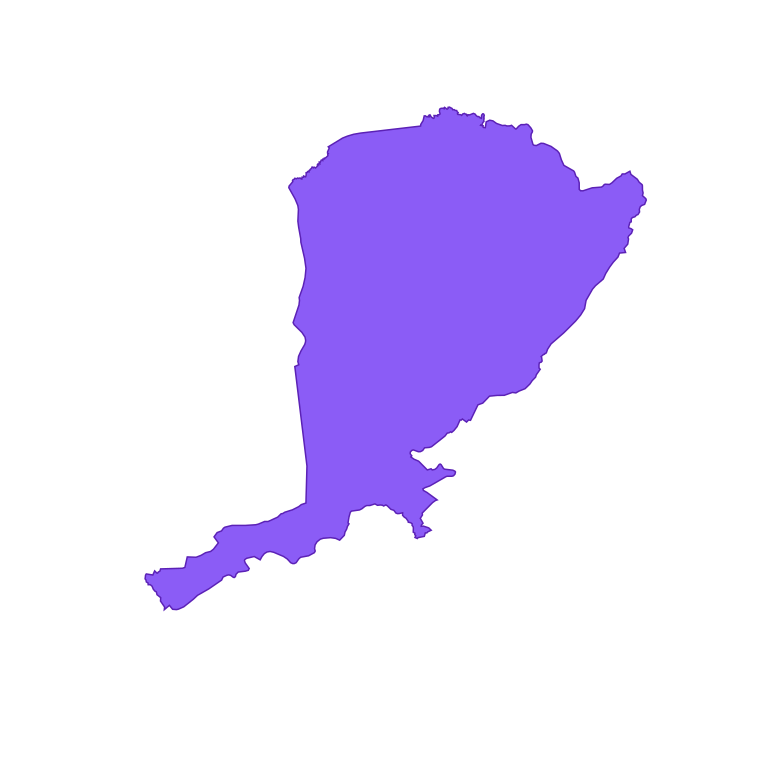 Tron, Uttaradit, Thailand (Robinson projection), rotated 294°
{"feature_id": "78962969B58085194309258", "entity_name": "Tron", "entity_type": "district", "adm_level": 2, "iso_a3": "THA", "parent_name": "Thailand", "parent_adm1": "Uttaradit", "projection": "robinson", "projection_center": [100.116, 17.469], "detail": "fine", "context": "isolated", "style": "filled", "palette": "violet", "viewbox_px": 768, "rotation_deg": 294, "n_neighbors": 0, "source": "geoboundaries", "source_scale": "gbopen_adm2", "svg_char_len": 6161}
<svg xmlns="http://www.w3.org/2000/svg" viewBox="0 0 768 768"><g transform="rotate(294 384 384)"><path d="M113.8,244.1L112.4,243.9L108.8,245.0L108.2,246.2L106.5,247.4L106.3,249.3L104.7,250.2L105.6,252.1L104.9,254.4L102.7,256.7L101.6,258.9L101.5,260.6L99.2,262.3L98.0,266.9L94.8,268.1L91.0,274.3L88.5,275.1L94.5,278.0L92.2,282.5L93.5,286.2L94.7,287.8L99.0,291.7L109.9,297.4L115.1,299.6L125.6,307.3L138.8,315.4L142.2,315.5L145.4,318.3L146.5,319.9L146.8,321.8L146.1,325.0L146.3,325.9L147.6,326.6L149.9,326.2L152.9,327.3L156.7,333.6L158.6,335.8L160.6,335.9L164.1,330.0L165.8,328.4L166.9,328.2L168.9,329.4L173.6,335.6L173.0,342.4L176.8,342.7L180.4,343.7L183.0,345.5L184.7,348.1L185.4,351.7L185.6,362.3L184.8,366.8L182.8,371.4L182.8,373.6L183.4,375.0L185.0,376.4L189.6,377.3L191.8,378.3L196.4,385.0L201.6,389.0L203.4,389.1L205.4,387.5L209.0,386.5L212.6,387.0L216.3,388.9L218.4,391.3L221.9,397.7L223.3,402.6L223.3,407.0L229.6,409.3L232.8,408.6L236.4,408.9L239.0,408.5L242.0,408.9L242.5,407.6L248.3,406.1L253.0,405.4L254.6,405.9L259.0,412.9L261.1,414.6L264.4,416.3L265.9,417.6L267.3,420.6L270.8,424.5L270.5,427.3L272.0,429.9L272.6,431.8L272.4,433.3L274.3,434.9L274.1,436.5L272.3,441.3L272.6,444.4L270.9,447.5L271.1,449.2L271.9,450.7L273.9,453.4L271.6,454.4L270.6,456.7L270.3,458.8L268.5,461.8L267.6,462.4L268.1,464.7L267.8,466.5L266.2,467.2L265.7,468.4L264.6,469.3L260.5,471.0L260.3,472.9L258.9,473.4L258.2,474.8L256.4,474.7L256.4,477.3L257.5,477.6L261.2,482.8L264.8,482.3L265.4,483.7L266.7,484.1L269.6,486.6L270.7,483.6L270.7,482.5L270.2,477.8L269.1,475.9L270.4,475.5L272.7,476.3L276.0,471.8L280.0,472.4L281.6,471.4L295.4,476.6L298.5,478.4L299.7,479.7L302.4,467.4L302.8,463.3L304.0,462.2L306.0,463.6L309.5,467.3L324.6,478.3L325.4,479.2L327.3,483.5L328.4,484.8L330.5,485.5L332.7,485.1L333.2,484.3L333.3,482.0L330.8,473.9L331.1,472.6L333.6,468.9L333.7,467.8L332.8,467.1L328.7,466.3L326.7,465.2L325.1,463.0L325.7,461.5L323.1,458.5L327.6,447.0L327.5,442.1L328.3,438.2L329.7,438.6L330.9,436.3L332.5,435.7L334.6,436.4L335.7,437.5L336.1,442.9L337.0,444.8L339.0,446.4L342.2,447.0L344.5,451.2L346.0,452.9L361.3,460.9L364.8,461.7L365.9,463.3L367.4,464.3L367.3,465.5L370.0,466.8L374.8,468.1L382.1,468.1L382.4,469.2L383.9,469.8L382.8,474.9L385.5,475.9L386.0,477.8L403.2,478.3L406.7,482.0L415.8,485.3L419.6,492.0L422.6,498.5L428.5,504.7L429.5,508.1L432.5,510.3L437.1,514.8L443.4,517.3L447.3,518.0L451.9,519.7L454.4,519.4L461.0,520.7L461.7,519.1L464.8,517.7L466.6,517.3L468.0,518.8L469.3,519.1L472.4,517.2L473.0,516.4L476.0,517.8L476.3,518.4L477.3,518.6L477.7,519.3L478.7,519.6L482.3,519.3L488.6,520.3L503.8,527.4L519.3,533.4L527.1,535.6L534.4,536.6L542.6,534.6L555.4,535.9L559.8,537.2L569.1,541.6L575.1,541.6L582.6,542.6L588.5,543.9L595.1,546.1L599.4,545.9L602.4,551.2L605.6,548.2L610.9,549.8L616.0,548.4L617.0,547.3L618.7,547.3L622.5,548.8L626.0,548.5L626.4,546.5L626.2,544.1L627.0,543.6L631.6,542.9L632.7,543.9L635.4,542.7L637.1,543.2L638.8,545.2L640.9,545.9L642.1,547.1L645.1,547.5L647.4,546.2L650.1,546.0L651.9,546.8L654.1,549.0L658.7,548.8L659.8,547.8L661.2,543.5L663.9,543.0L666.2,541.3L670.3,539.4L671.1,538.7L672.1,535.1L674.1,532.1L675.9,524.3L678.4,522.1L673.9,518.7L672.8,516.2L670.5,515.9L666.6,512.9L660.5,510.4L658.0,508.8L656.5,504.8L655.8,504.1L653.5,503.4L652.3,502.5L647.9,494.4L641.4,487.2L640.5,485.0L641.2,483.2L647.2,480.5L651.0,477.4L651.7,474.9L655.0,471.9L655.8,470.6L656.9,459.4L661.0,454.8L666.0,450.4L667.4,447.8L669.0,440.0L668.7,432.0L667.8,429.5L663.8,426.2L663.1,423.8L663.4,422.7L669.1,417.9L672.2,416.8L674.7,417.0L675.8,416.6L677.8,413.8L679.5,410.0L679.3,408.4L678.0,406.7L676.7,403.7L674.3,402.2L670.9,401.1L670.5,400.4L672.2,395.3L670.9,393.8L669.7,391.3L669.6,389.5L668.3,387.0L667.8,380.8L668.7,376.5L668.0,373.3L665.1,370.7L659.4,372.3L658.8,370.6L659.1,369.9L660.2,369.6L659.6,367.0L660.2,367.1L660.3,368.2L662.8,367.9L664.6,368.5L665.7,367.7L667.0,367.6L667.5,366.7L668.5,366.9L669.0,366.3L669.8,366.5L671.0,365.6L671.2,364.8L670.9,364.2L669.3,363.8L666.3,364.8L666.2,363.6L666.9,361.8L666.4,360.8L666.6,359.2L667.6,357.6L667.6,355.6L664.7,352.8L664.2,351.4L662.9,351.2L662.9,350.3L663.8,350.1L664.0,349.7L663.7,348.7L663.9,347.4L662.6,346.0L661.0,345.7L661.2,344.5L660.3,341.7L660.7,341.2L662.1,341.4L662.5,340.1L663.4,339.2L662.9,337.7L663.2,336.5L662.5,335.3L663.4,334.1L663.6,331.2L662.8,330.0L661.8,330.5L660.7,329.8L661.4,326.8L660.8,326.5L660.0,327.0L659.6,324.9L658.6,323.5L657.7,323.1L655.6,323.7L653.6,325.4L652.5,324.9L651.9,323.7L650.5,324.1L650.6,322.9L649.6,320.5L648.3,321.4L647.0,321.5L646.7,321.0L647.1,318.7L648.6,316.5L647.6,315.6L647.2,316.8L646.5,316.8L645.5,314.2L645.8,312.7L645.3,311.7L640.5,312.6L636.2,312.0L634.5,312.5L603.8,260.7L599.8,254.7L595.6,249.8L591.8,246.1L578.0,236.6L577.4,238.0L573.1,238.0L572.0,238.5L571.8,239.4L571.1,239.1L569.7,239.9L566.9,238.7L566.0,237.6L565.4,238.0L564.7,236.7L563.3,237.1L563.5,236.3L563.0,235.6L560.7,235.6L560.5,234.7L559.1,235.8L559.0,234.8L557.7,235.1L557.8,234.0L556.9,234.0L556.2,234.7L553.5,233.6L553.7,231.9L552.8,231.6L553.0,230.1L551.5,230.0L549.8,229.2L549.2,229.4L548.5,228.7L547.3,229.2L547.0,227.8L546.0,227.8L545.4,226.9L543.0,228.0L541.4,228.1L541.3,226.0L540.2,226.4L539.6,225.0L537.9,225.6L537.7,225.0L538.1,223.5L537.1,222.4L537.1,221.4L535.8,220.4L535.7,218.9L534.7,218.8L533.7,217.8L532.5,217.7L531.8,218.4L526.3,216.8L524.6,217.2L517.0,227.4L512.0,232.7L508.7,234.8L497.7,239.1L492.6,242.2L482.9,248.8L479.7,250.4L466.5,260.3L457.9,265.7L449.2,268.6L440.3,270.4L428.5,271.3L426.0,272.8L421.6,274.2L403.1,276.0L401.6,277.8L397.7,288.1L394.7,292.8L392.1,294.6L390.4,295.2L387.9,295.5L380.3,294.7L374.5,294.7L369.4,296.2L366.9,298.3L363.7,295.4L277.7,347.0L243.5,361.1L240.2,357.5L237.3,356.0L231.8,351.5L226.5,345.5L224.5,344.2L223.6,342.8L219.1,341.0L211.2,334.0L209.9,330.9L204.9,326.2L203.2,324.0L198.6,315.2L193.0,302.7L188.5,296.9L187.0,296.0L183.7,295.3L180.4,292.0L175.2,290.9L171.5,297.3L163.7,295.4L160.5,293.7L157.3,289.6L153.1,286.6L149.3,282.8L146.0,274.6L135.4,276.7L133.7,274.8L124.2,255.1L122.0,255.4L120.2,254.2L119.2,254.1L118.9,253.3L120.0,250.5L115.5,250.5L113.8,244.1Z" fill="#8b5cf6" stroke="#5b21b6" stroke-width="1.5"/></g></svg>